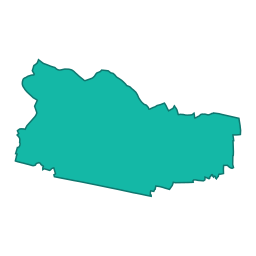 the district of Rosiori, Bihor, Romania
{"feature_id": "2599482B96012513693118", "entity_name": "Rosiori", "entity_type": "district", "adm_level": 2, "iso_a3": "ROU", "parent_name": "Romania", "parent_adm1": "Bihor", "projection": "orthographic", "projection_center": [21.943, 47.265], "detail": "fine", "context": "isolated", "style": "filled", "palette": "teal", "viewbox_px": 256, "rotation_deg": 0, "n_neighbors": 0, "source": "geoboundaries", "source_scale": "gbopen_adm2", "svg_char_len": 5211}
<svg xmlns="http://www.w3.org/2000/svg" viewBox="0 0 256 256"><path d="M148.2,195.7L149.7,196.0L151.2,196.3L151.2,195.9L151.1,195.7L151.2,195.1L150.7,194.9L150.2,194.9L150.3,194.3L150.4,192.9L150.4,192.2L150.5,191.7L150.8,191.1L150.9,190.8L152.9,191.3L153.8,191.4L154.5,189.8L154.6,189.5L155.1,189.4L155.8,186.1L156.3,186.1L159.9,186.6L163.6,187.6L164.3,187.9L169.5,189.4L172.3,185.4L173.3,182.3L175.4,182.7L188.2,182.5L193.2,182.3L193.3,182.2L193.0,181.2L193.1,180.5L193.8,179.9L195.0,179.9L195.7,179.9L198.0,180.4L200.6,180.6L202.8,180.8L203.6,180.8L204.5,180.1L204.9,179.8L205.0,177.1L205.8,177.4L207.5,178.1L208.9,178.6L209.0,178.7L209.4,178.3L209.7,178.1L209.7,177.9L209.7,177.3L210.1,176.8L210.8,175.9L211.1,175.5L211.3,175.0L211.6,174.7L212.1,174.6L212.4,174.8L212.6,175.1L212.6,175.4L212.5,176.0L213.0,176.2L213.3,176.8L213.5,177.0L213.6,176.7L213.9,176.3L214.7,176.2L215.1,176.4L215.3,176.8L215.4,177.2L215.4,177.8L215.7,178.2L216.4,178.8L216.6,178.3L217.2,177.7L217.5,177.2L218.0,176.7L218.3,176.4L218.4,175.8L218.6,175.0L218.9,174.3L219.3,174.1L220.0,174.2L221.2,174.0L223.5,173.5L223.4,169.0L223.6,165.4L227.3,165.3L229.3,167.1L230.6,167.9L232.1,168.3L233.5,167.6L232.7,164.5L232.8,157.6L232.9,155.7L233.2,155.6L233.3,155.2L233.4,151.6L233.0,140.8L233.7,140.7L233.3,137.5L233.0,135.9L233.0,134.9L234.7,134.9L235.5,134.9L236.4,134.9L238.0,134.8L239.2,134.7L240.4,134.5L240.6,130.4L240.2,127.0L240.1,125.8L238.9,118.3L237.1,117.9L221.7,114.4L219.0,113.7L213.6,113.0L213.6,113.3L211.7,113.5L210.7,114.1L209.7,114.5L209.2,114.7L208.0,114.9L206.9,114.6L206.1,114.4L205.4,114.2L204.6,114.1L203.9,114.2L202.5,114.1L202.2,114.1L201.5,114.3L200.8,114.5L200.5,114.7L200.3,114.9L200.2,115.1L198.7,116.3L198.3,116.4L197.6,116.7L197.2,117.0L195.9,117.7L195.0,118.0L194.7,117.9L194.2,114.0L194.0,113.2L193.2,113.9L192.6,114.3L192.1,114.7L191.8,114.8L191.1,114.9L189.9,115.0L188.7,115.1L188.4,115.1L188.2,115.1L187.2,115.2L186.5,115.1L185.9,115.1L185.6,115.1L184.6,114.8L183.9,114.7L183.3,114.5L183.0,114.5L182.8,114.5L182.5,114.5L182.0,114.4L181.1,114.4L180.5,114.3L179.9,114.4L178.3,114.6L178.2,114.5L178.2,114.3L177.0,110.1L176.6,109.2L176.1,108.4L175.5,107.5L175.2,107.2L174.8,106.6L174.5,105.9L174.4,105.8L172.9,108.5L171.4,109.2L170.0,110.1L169.4,110.3L169.1,110.5L168.6,110.8L167.3,108.4L166.6,107.0L166.3,106.2L165.1,104.1L164.4,103.1L162.1,104.0L161.8,104.1L160.3,104.7L159.4,104.9L157.6,105.4L157.1,105.5L155.1,106.8L153.1,107.5L150.5,108.7L150.1,109.0L149.6,109.1L149.0,109.2L148.3,107.5L148.1,107.2L146.4,105.2L144.1,104.3L142.0,102.5L141.0,101.3L139.4,99.0L138.6,97.7L138.5,97.4L137.3,94.6L136.7,93.7L136.3,93.0L135.7,92.1L134.4,90.9L134.2,90.8L133.6,90.1L132.8,89.5L132.4,89.2L131.4,88.3L130.6,87.5L129.8,86.8L128.6,86.3L126.7,85.6L125.5,84.0L123.5,82.0L121.6,80.3L118.9,78.5L116.5,77.0L114.7,74.8L113.1,73.4L110.7,72.8L108.2,70.8L104.9,70.4L101.6,70.1L101.3,70.5L100.8,71.0L100.4,71.5L99.9,71.7L98.6,72.3L97.1,72.8L96.6,73.2L95.9,74.0L94.5,76.2L93.1,77.5L92.3,78.1L89.9,79.0L86.5,80.2L85.3,80.6L84.7,80.6L84.3,80.5L83.9,80.2L83.0,79.4L80.9,77.7L78.7,75.9L76.9,74.2L75.4,72.9L74.4,71.9L73.5,71.1L72.6,70.5L72.0,70.1L71.0,69.7L68.9,69.2L66.1,69.1L64.9,69.1L64.6,69.1L64.1,69.2L62.7,69.5L61.0,69.9L59.7,70.1L58.9,70.0L58.1,69.8L57.0,69.3L56.7,69.2L55.5,68.1L55.1,67.7L54.8,67.5L54.5,67.4L53.1,67.0L50.6,66.2L49.2,65.6L46.1,64.4L43.8,63.6L42.8,63.0L42.1,62.5L39.3,60.3L38.5,59.7L38.2,60.6L37.8,61.6L37.5,62.3L37.3,62.6L37.4,62.8L37.1,63.1L35.1,64.8L34.8,64.9L34.5,65.2L33.9,65.5L33.8,65.8L33.7,66.1L33.5,66.6L33.3,67.5L33.2,67.9L32.4,70.4L32.3,70.7L34.2,74.0L33.8,74.9L31.4,75.1L30.0,75.6L28.6,76.0L27.6,76.4L25.9,77.5L24.6,78.0L23.9,78.5L23.2,79.2L22.7,80.7L22.4,81.9L22.3,83.3L22.3,84.1L22.6,85.4L23.1,86.6L24.1,88.1L25.1,89.7L27.1,92.0L29.1,93.9L31.2,95.8L33.2,97.7L36.1,99.4L37.3,100.3L34.8,105.8L34.6,106.2L36.6,112.0L36.8,113.1L35.9,115.2L35.0,116.6L33.3,118.5L31.4,120.7L30.6,121.6L27.0,125.6L26.4,126.7L25.1,129.3L23.7,128.9L22.9,129.0L22.2,128.8L21.6,128.8L20.9,128.9L20.7,128.9L20.2,128.9L19.7,129.0L18.4,129.9L17.4,130.7L17.5,131.1L18.7,133.5L17.1,135.0L18.7,136.8L19.4,137.8L19.8,139.2L19.8,141.1L19.6,142.4L19.8,142.9L20.1,143.2L20.0,144.8L19.5,146.2L19.1,146.7L18.2,147.6L17.4,147.5L15.9,152.8L15.6,153.7L17.1,154.1L16.7,155.5L16.5,155.8L16.3,156.5L16.3,157.1L15.4,160.5L15.4,161.0L17.6,161.7L18.8,162.0L20.0,162.3L21.2,162.6L21.5,162.7L23.3,163.1L27.0,164.1L27.4,164.2L28.4,164.4L28.7,164.5L32.4,165.6L32.7,165.6L33.3,165.7L34.6,165.4L35.4,165.1L35.9,164.1L36.2,163.7L37.1,163.2L37.5,163.0L38.2,163.0L38.5,162.8L38.7,162.6L39.2,162.7L39.8,163.0L40.4,163.5L40.8,164.1L41.0,164.6L41.7,164.9L42.2,165.7L43.2,166.0L43.4,166.5L43.3,166.9L42.9,167.5L42.8,167.8L42.8,168.2L42.8,168.8L42.8,169.6L43.3,169.3L43.8,169.0L44.3,168.9L45.2,169.0L46.2,169.4L46.9,169.5L47.7,169.8L48.4,170.0L49.2,170.3L49.6,170.4L50.2,170.1L50.7,169.7L51.2,169.1L51.7,168.6L52.4,168.3L53.6,167.9L53.8,167.9L55.5,173.8L53.9,174.8L54.4,176.7L59.8,177.8L68.7,179.5L73.7,180.5L79.3,181.5L83.4,182.3L90.3,183.7L94.8,184.6L97.7,185.2L110.7,187.9L117.7,189.3L125.5,191.0L128.8,191.7L133.2,192.7L136.0,193.2L136.8,193.3L137.6,193.5L141.1,194.2L146.2,195.3L148.2,195.7Z" fill="#14b8a6" stroke="#0f766e" stroke-width="1.5"/></svg>